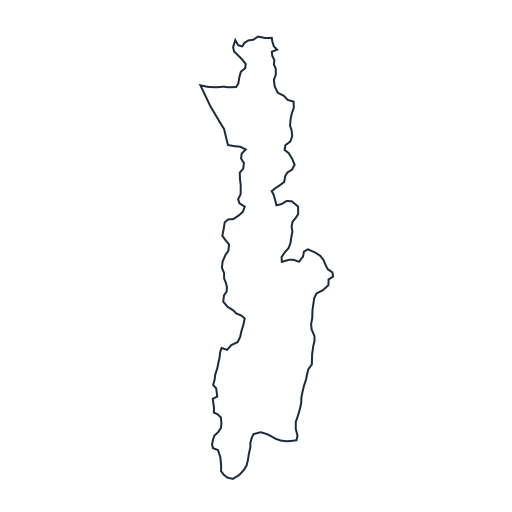 Ubatã, Bahia, Brazil (Albers equal-area conic projection), rotated 351°
{"feature_id": "56859067B37189660907129", "entity_name": "Ubatã", "entity_type": "district", "adm_level": 2, "iso_a3": "BRA", "parent_name": "Brazil", "parent_adm1": "Bahia", "projection": "albers", "projection_center": [-39.521, -14.086], "detail": "fine", "context": "isolated", "style": "outline", "palette": "slate", "viewbox_px": 512, "rotation_deg": 351, "n_neighbors": 0, "source": "geoboundaries", "source_scale": "gbopen_adm2", "svg_char_len": 2732}
<svg xmlns="http://www.w3.org/2000/svg" viewBox="0 0 512 512"><g transform="rotate(351 256 256)"><path d="M183.5,439.1L188.1,441.7L189.3,449.2L188.8,457.4L187.8,463.1L189.9,466.9L193.0,470.4L198.3,472.5L205.1,469.7L210.7,465.3L213.9,461.5L216.1,456.3L218.0,450.3L220.5,444.1L221.1,439.9L223.3,435.0L225.8,431.5L233.1,430.8L239.3,433.8L243.1,436.6L246.6,439.5L251.7,442.2L256.9,443.7L261.8,444.2L267.2,444.3L268.9,439.7L268.2,433.1L269.3,426.2L272.9,419.4L276.2,412.2L277.9,407.1L278.7,402.8L280.4,398.2L282.8,392.3L286.2,385.6L288.1,380.5L290.0,376.0L294.2,371.8L296.0,362.1L298.4,354.1L300.5,349.1L301.2,344.2L299.4,337.1L299.8,331.8L301.8,326.3L303.3,318.3L305.3,311.9L306.8,306.9L309.8,302.5L316.8,300.2L323.0,296.1L324.0,290.5L328.9,288.4L328.9,284.2L324.9,280.4L323.4,276.2L322.2,270.9L319.6,266.0L315.1,261.9L308.3,257.5L304.0,259.2L302.4,263.9L297.5,268.4L292.4,265.6L288.3,264.9L280.6,265.8L281.1,261.0L285.1,256.8L289.4,253.3L292.0,248.8L293.4,244.2L295.8,237.6L295.8,232.3L297.5,227.8L301.0,224.8L304.2,221.2L305.3,213.7L299.9,207.6L295.0,206.4L289.4,208.7L284.1,209.1L283.6,203.0L283.0,198.4L281.7,194.3L286.0,191.9L290.9,189.7L295.4,187.3L297.4,181.6L300.1,178.4L305.0,176.4L308.4,172.0L307.0,165.9L304.4,159.5L300.8,155.7L302.3,151.2L307.9,148.2L310.5,143.2L310.8,137.2L310.0,132.6L311.5,126.6L313.5,121.1L316.5,115.6L317.3,109.4L311.7,106.8L308.5,102.1L303.1,98.2L301.0,91.5L301.2,84.9L304.0,79.8L304.8,73.9L303.6,69.6L304.8,65.5L303.4,60.9L303.6,56.7L309.1,55.5L306.4,51.6L305.7,47.2L305.7,43.0L299.7,42.3L292.4,39.6L287.1,42.0L282.1,41.9L277.9,43.7L275.3,46.8L271.4,45.1L269.3,39.5L266.1,46.1L266.3,50.5L269.2,54.4L272.8,59.3L275.9,64.8L274.7,68.8L269.9,71.6L267.4,77.1L265.5,82.9L262.8,86.0L258.6,85.5L254.5,84.9L250.6,83.7L244.6,83.3L239.7,82.5L234.8,81.4L227.8,78.7L234.4,101.0L242.1,120.4L244.3,125.5L244.7,130.3L245.1,135.8L245.7,142.0L251.3,144.0L257.5,145.6L262.5,149.1L257.9,152.6L256.5,157.3L258.6,162.3L257.1,167.7L253.0,171.2L252.2,177.5L252.0,183.7L250.5,192.6L247.2,197.2L247.9,201.4L252.6,205.4L250.0,210.2L245.6,213.1L239.3,216.0L234.4,215.5L230.4,217.8L228.4,223.9L225.9,230.8L228.2,235.3L231.2,240.5L229.5,246.6L226.3,249.8L222.2,256.1L220.5,262.3L221.8,267.8L221.0,273.2L222.0,277.5L222.4,282.2L221.4,286.6L218.2,289.9L216.5,296.0L220.0,301.8L224.6,305.7L227.8,309.9L232.1,312.4L235.1,315.9L232.7,322.1L229.6,328.5L227.8,333.3L224.4,338.2L217.7,340.1L212.8,344.2L207.6,341.5L205.4,345.7L204.3,350.1L202.1,355.7L200.2,360.9L197.2,366.7L195.7,371.9L193.5,376.6L196.0,380.6L195.7,388.8L191.0,390.3L190.8,394.7L190.8,399.3L189.9,404.0L193.6,406.6L196.0,409.9L195.7,415.7L194.5,420.3L191.2,423.9L186.6,427.1L184.6,431.3L183.1,435.1L183.5,439.1Z" fill="none" stroke="#1e293b" stroke-width="2"/></g></svg>